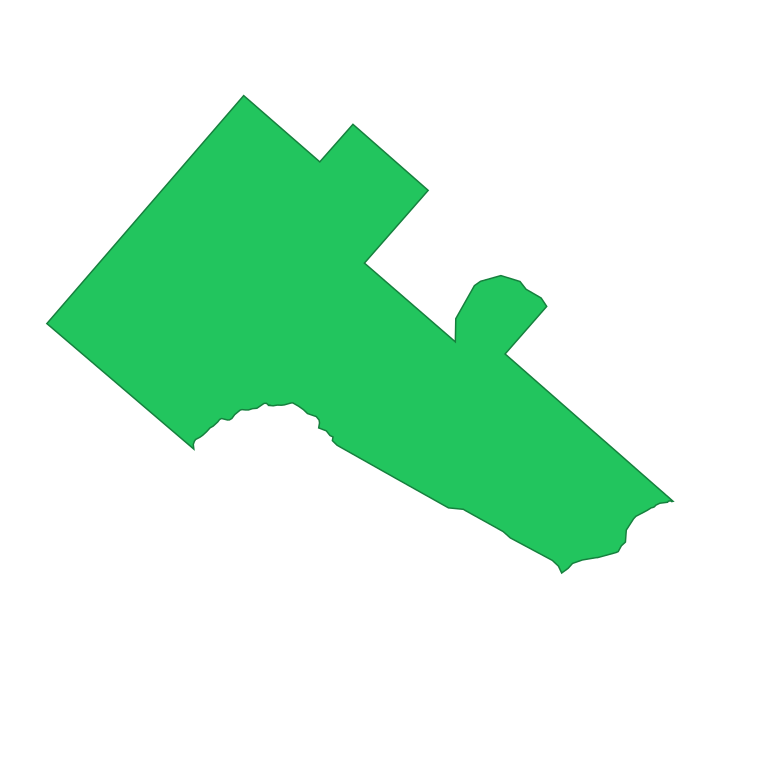 Lake of the Woods, Minnesota, United States of America (Albers equal-area conic projection), rotated 131°
{"feature_id": "52423323B31112987754605", "entity_name": "Lake of the Woods", "entity_type": "district", "adm_level": 2, "iso_a3": "USA", "parent_name": "United States of America", "parent_adm1": "Minnesota", "projection": "albers", "projection_center": [-94.86, 48.875], "detail": "fine", "context": "isolated", "style": "filled", "palette": "green", "viewbox_px": 768, "rotation_deg": 131, "n_neighbors": 0, "source": "geoboundaries", "source_scale": "gbopen_adm2", "svg_char_len": 1451}
<svg xmlns="http://www.w3.org/2000/svg" viewBox="0 0 768 768"><g transform="rotate(131 384 384)"><path d="M559.6,678.1L557.9,484.8L554.7,488.3L551.7,489.5L549.5,489.8L544.9,488.0L541.6,487.2L536.4,486.6L531.2,486.5L527.9,485.3L521.8,484.6L518.6,484.8L516.6,483.9L513.8,478.5L512.5,477.1L509.9,476.2L505.1,476.6L497.9,475.4L496.4,474.3L494.5,471.6L492.4,469.2L488.9,467.1L485.7,464.0L477.3,461.8L475.7,460.1L475.7,457.3L475.2,456.7L475.6,456.7L473.1,453.3L469.9,450.7L467.2,447.4L465.1,445.5L459.3,441.7L458.1,440.5L456.8,433.9L456.2,427.9L456.5,422.4L453.0,413.7L453.8,409.3L455.7,407.1L460.0,404.5L457.2,396.8L458.3,391.0L458.3,390.8L457.4,387.8L460.6,385.8L461.0,379.4L461.0,379.1L447.2,311.9L435.2,254.1L426.5,241.9L426.1,239.4L417.2,197.3L417.3,187.7L406.7,141.3L407.0,132.9L410.1,125.9L402.3,124.1L395.7,124.0L386.6,118.8L375.8,109.9L374.9,108.9L358.8,98.2L356.8,97.3L350.4,98.7L344.9,98.1L335.3,105.3L322.0,107.2L318.6,107.1L306.8,102.5L301.9,101.0L301.0,100.2L299.4,99.4L297.0,99.3L293.0,97.6L287.2,92.4L285.9,92.5L284.2,91.1L284.0,89.7L282.9,88.9L282.9,89.7L282.8,97.8L282.9,98.6L282.8,99.6L282.8,106.3L282.8,112.5L282.7,132.4L282.7,132.9L282.7,133.3L282.7,134.5L282.5,166.8L282.4,204.5L281.9,312.3L218.7,312.1L216.0,321.8L219.3,338.9L217.4,348.6L225.5,366.9L243.1,378.5L250.4,380.3L287.6,372.7L305.4,357.8L305.6,478.1L208.9,477.7L208.4,577.8L258.5,578.2L258.4,679.1L559.6,678.1Z" fill="#22c55e" stroke="#15803d" stroke-width="1.5"/></g></svg>